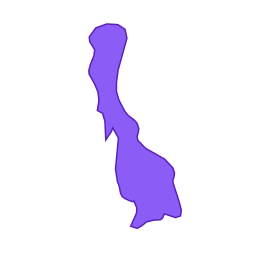 Mayaguana, Robinson projection, rotated 239°
{"feature_id": "BHS-5037", "entity_name": "Mayaguana", "entity_type": "District", "adm_level": 1, "iso_a3": "BHS", "parent_name": "The Bahamas", "parent_adm1": "", "projection": "robinson", "projection_center": [-72.982, 22.374], "detail": "fine", "context": "isolated", "style": "filled", "palette": "violet", "viewbox_px": 256, "rotation_deg": 239, "n_neighbors": 0, "source": "natural_earth", "source_scale": "10m", "svg_char_len": 906}
<svg xmlns="http://www.w3.org/2000/svg" viewBox="0 0 256 256"><g transform="rotate(239 128 128)"><path d="M38.7,133.9L30.3,131.5L25.6,127.8L26.8,122.5L35.7,115.0L32.9,111.0L32.7,108.4L35.7,102.8L38.0,95.5L37.1,89.4L37.2,84.3L42.4,79.7L50.7,91.5L54.9,94.4L62.3,95.4L62.3,94.3L65.1,91.7L69.0,89.1L72.4,87.7L75.8,88.0L83.1,90.6L87.1,91.2L99.2,96.1L124.3,114.6L135.9,115.0L133.5,111.9L129.2,102.8L145.5,111.6L153.6,113.8L158.8,110.8L166.5,117.2L174.0,120.7L182.8,122.1L194.1,122.4L197.4,124.0L201.2,127.8L207.6,136.1L212.2,139.7L221.8,139.7L226.0,141.7L230.4,152.0L228.1,163.4L221.8,172.6L214.1,176.3L205.5,173.3L182.8,149.4L172.9,141.5L165.1,136.8L156.5,134.6L144.2,133.9L138.7,134.6L131.4,137.5L127.5,138.2L121.8,136.9L118.6,134.2L116.1,131.4L112.3,130.1L101.7,132.5L82.4,143.4L70.6,145.9L65.5,144.7L62.2,142.0L59.8,139.4L57.2,138.2L38.7,133.9Z" fill="#8b5cf6" stroke="#5b21b6" stroke-width="1.5"/></g></svg>